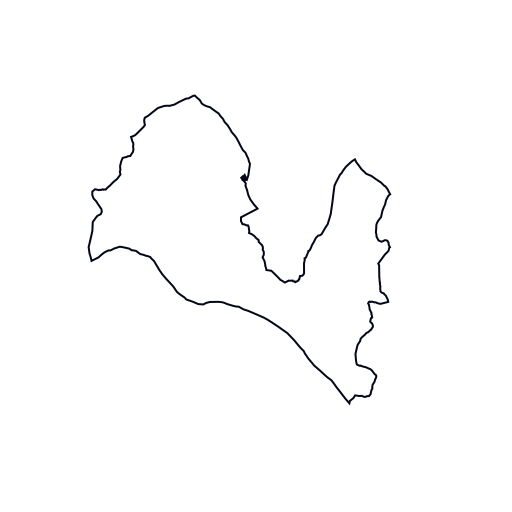 Suhag, Suhaj, Egypt, rotated 332°
{"feature_id": "37247803B47370411243252", "entity_name": "Suhag", "entity_type": "district", "adm_level": 2, "iso_a3": "EGY", "parent_name": "Egypt", "parent_adm1": "Suhaj", "projection": "equal_earth", "projection_center": [31.692, 26.547], "detail": "fine", "context": "isolated", "style": "outline", "palette": "ink", "viewbox_px": 512, "rotation_deg": 332, "n_neighbors": 0, "source": "geoboundaries", "source_scale": "gbopen_adm2", "svg_char_len": 5592}
<svg xmlns="http://www.w3.org/2000/svg" viewBox="0 0 512 512"><g transform="rotate(332 256 256)"><path d="M108.5,183.1L116.4,183.3L119.2,182.5L123.5,181.7L128.5,181.8L129.9,182.7L132.0,182.8L134.2,182.8L139.9,183.8L141.3,184.7L143.4,186.4L145.5,188.2L146.5,189.1L147.6,190.0L149.0,192.6L150.4,193.5L152.5,195.2L154.5,199.6L155.2,200.4L157.3,202.2L158.7,203.9L160.7,205.6L162.2,207.4L162.2,208.3L163.6,212.6L164.1,222.9L164.7,228.1L166.0,234.1L168.3,242.7L168.7,244.5L169.3,250.5L170.7,253.9L173.4,259.1L174.1,261.7L179.0,267.0L182.5,271.4L186.7,274.0L190.3,274.1L193.8,275.0L200.9,278.6L203.7,280.4L205.8,282.2L207.9,284.8L211.4,288.3L214.2,290.9L217.0,292.7L219.8,297.1L221.4,298.8L223.2,300.6L226.7,304.9L230.2,309.3L233.7,313.7L236.0,317.2L236.5,318.0L238.5,321.5L242.7,329.3L247.5,338.9L250.2,348.4L252.1,357.8L253.5,362.2L253.4,365.6L253.6,366.5L254.0,370.7L256.0,380.2L258.7,387.2L260.8,393.2L262.1,396.7L264.2,401.0L264.8,404.4L265.5,409.8L266.1,413.1L267.4,420.8L267.6,421.9L268.0,424.3L269.3,429.9L270.9,428.0L275.2,427.2L278.1,425.6L281.6,428.2L283.7,429.1L285.1,430.9L286.5,431.8L287.9,431.8L290.0,432.7L292.2,431.9L292.9,431.0L295.1,428.5L296.5,427.7L297.3,426.0L298.7,424.3L301.6,422.7L303.1,421.0L304.5,420.1L305.9,418.5L306.0,417.6L305.3,415.9L304.6,411.6L304.0,409.8L303.3,409.0L301.9,407.2L300.5,405.5L298.4,403.7L297.0,401.9L296.3,401.9L294.9,400.2L294.2,399.3L294.2,398.5L294.5,397.5L295.0,395.9L296.4,392.5L297.9,389.1L300.1,386.6L302.3,384.0L303.8,382.4L305.2,381.5L305.8,381.2L308.1,379.9L309.5,378.2L311.7,377.4L315.2,376.6L317.4,375.8L319.5,375.9L322.4,375.1L323.1,375.1L324.5,374.2L326.0,373.4L326.7,371.7L326.8,370.0L326.1,368.3L326.1,367.4L328.3,364.9L329.7,364.9L330.5,362.4L330.5,361.5L331.2,360.7L331.2,359.0L331.3,356.4L332.0,354.7L332.8,352.1L332.8,350.4L334.2,349.6L335.0,349.6L335.7,350.5L336.4,350.5L337.8,351.4L338.5,352.3L339.9,353.1L341.3,354.9L343.4,356.7L351.2,358.6L351.9,356.0L352.0,353.4L352.0,351.7L351.3,350.0L351.3,349.0L349.9,347.4L349.6,347.1L349.3,345.6L350.8,342.2L351.5,341.4L352.2,338.8L353.0,338.0L353.0,337.1L355.2,332.0L360.4,321.9L360.4,320.1L365.4,317.7L370.5,315.2L373.3,314.4L375.5,313.6L377.7,311.1L378.4,311.1L378.4,309.3L378.4,308.5L379.2,306.8L379.2,304.3L378.5,303.4L377.1,302.5L376.3,302.5L375.7,302.5L373.6,302.4L372.9,301.6L371.5,299.8L371.5,298.1L371.5,297.0L371.5,295.5L372.3,293.8L373.0,291.3L375.2,287.9L376.7,285.3L378.2,283.7L381.0,282.0L384.6,280.4L386.8,277.8L389.0,275.3L391.9,272.8L393.4,271.7L394.1,271.2L397.0,267.8L400.6,265.3L402.7,264.5L403.4,264.5L403.5,258.5L402.9,255.1L402.2,254.2L400.9,249.9L399.5,247.3L398.1,244.7L395.4,239.4L394.0,237.7L391.9,235.1L390.8,231.5L390.5,230.8L389.9,229.0L389.2,223.9L388.9,222.1L388.6,220.4L388.7,217.1L385.4,217.4L381.8,218.2L377.2,219.5L373.7,221.1L370.2,223.1L368.4,223.6L360.9,228.8L358.2,230.9L354.7,235.8L347.5,246.1L346.2,247.9L346.1,248.0L345.9,248.2L341.8,253.9L338.3,257.5L334.2,261.6L331.7,262.9L329.6,264.1L326.6,266.0L324.0,267.6L322.0,267.7L320.6,267.2L317.4,268.1L314.1,270.5L313.3,271.0L310.5,272.7L308.2,274.7L306.0,276.2L304.5,276.3L304.5,276.6L304.1,276.9L299.2,280.9L297.8,280.8L297.1,282.5L294.9,285.1L290.5,293.5L289.7,294.4L287.6,295.2L285.5,294.3L285.4,294.3L284.8,295.1L283.3,296.8L282.6,296.8L281.9,297.6L280.4,297.6L278.3,297.5L278.3,296.7L276.9,295.8L276.9,294.9L274.8,294.0L274.2,293.7L273.4,293.1L269.1,293.0L267.1,289.6L266.4,288.7L265.7,286.1L265.4,285.0L265.2,284.3L263.3,278.3L262.6,276.2L258.6,273.3L259.2,271.3L259.6,268.8L260.0,268.3L261.1,264.6L261.1,263.7L261.2,260.3L263.4,258.6L264.3,257.0L264.8,256.1L264.9,253.5L265.6,252.7L266.3,251.0L266.4,249.2L265.0,244.9L265.8,243.2L265.1,241.6L264.4,239.8L263.8,237.2L262.4,234.6L260.6,232.4L261.7,231.1L262.5,228.6L263.2,226.9L263.2,226.0L263.3,225.2L261.8,224.3L260.5,222.5L259.0,221.6L259.1,219.9L259.1,218.2L260.9,214.8L279.6,214.9L279.5,214.3L278.4,209.8L277.5,203.2L277.8,198.7L279.1,193.3L279.6,189.2L279.8,189.1L279.8,188.9L280.2,188.4L281.1,186.9L280.7,184.7L279.9,182.6L279.7,180.0L281.2,179.6L280.8,182.2L281.6,183.7L282.6,184.1L282.6,182.1L283.3,179.4L284.0,179.1L283.9,181.9L284.1,184.0L287.1,181.2L289.9,177.3L291.6,175.0L293.9,171.9L294.2,169.2L294.9,166.2L294.9,164.0L295.2,159.8L294.1,156.3L294.1,154.0L294.1,152.3L294.1,152.2L294.1,150.1L294.2,147.8L294.2,143.1L293.8,139.9L292.7,135.2L292.7,131.8L292.3,127.1L291.4,123.7L291.2,122.8L291.2,119.4L290.2,115.3L290.0,112.8L287.9,108.7L287.1,107.0L285.1,102.8L283.4,101.3L281.6,99.2L280.3,97.1L279.7,95.8L279.7,93.9L279.5,91.7L278.4,89.0L277.3,85.6L275.6,85.1L272.9,85.1L270.7,85.2L268.0,84.2L260.3,83.9L255.1,84.0L250.0,82.8L249.1,82.1L247.4,81.3L245.6,80.5L239.1,79.3L236.5,79.7L226.4,81.6L222.7,81.7L221.0,83.6L220.1,85.8L219.7,87.1L219.5,88.1L217.7,89.1L215.1,89.9L212.9,90.6L206.0,92.6L204.2,92.5L201.6,92.2L201.4,93.5L200.7,96.1L200.6,98.6L199.9,100.3L199.1,101.2L197.7,104.6L196.2,106.3L193.3,107.9L191.9,108.7L189.8,107.8L188.3,107.8L184.8,106.9L184.3,106.8L181.2,109.4L178.3,112.7L177.5,114.4L176.8,116.1L175.3,117.8L174.6,120.4L169.5,122.8L165.3,123.6L163.9,124.0L160.2,125.2L156.7,126.0L154.5,126.8L153.1,125.9L152.4,125.9L151.7,125.0L150.3,125.0L148.9,124.1L148.2,124.1L145.3,121.5L142.5,122.1L141.8,122.2L140.3,124.8L140.0,125.8L139.8,127.4L139.7,128.2L139.6,129.0L140.3,131.6L140.7,133.3L140.7,134.2L140.9,136.8L141.1,137.9L141.3,140.3L141.4,140.8L141.5,142.0L141.0,143.5L140.7,144.5L138.5,146.2L134.9,146.1L134.3,146.3L132.8,146.9L127.8,149.4L126.3,151.9L124.8,154.5L123.3,157.0L121.2,159.5L116.1,165.4L112.4,169.6L110.2,175.6L109.4,179.9L108.5,183.1Z" fill="none" stroke="#020617" stroke-width="2"/></g></svg>